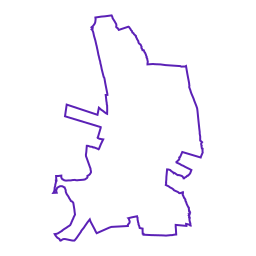 outline of Letcani, Iasi, Romania
{"feature_id": "2599482B61117657494910", "entity_name": "Letcani", "entity_type": "district", "adm_level": 2, "iso_a3": "ROU", "parent_name": "Romania", "parent_adm1": "Iasi", "projection": "natural_earth1", "projection_center": [27.401, 47.196], "detail": "fine", "context": "isolated", "style": "outline", "palette": "violet", "viewbox_px": 256, "rotation_deg": 0, "n_neighbors": 0, "source": "geoboundaries", "source_scale": "gbopen_adm2", "svg_char_len": 5738}
<svg xmlns="http://www.w3.org/2000/svg" viewBox="0 0 256 256"><path d="M190.6,225.5L190.2,224.3L190.4,224.0L190.3,223.3L189.6,220.9L189.4,218.8L189.8,218.0L189.7,217.9L189.5,218.2L189.3,217.8L189.1,217.6L189.0,217.1L189.1,216.8L189.4,216.2L189.2,215.8L188.9,215.5L189.2,215.3L189.3,214.9L189.0,214.3L189.3,214.3L189.5,214.4L189.8,213.9L189.3,213.6L189.3,213.3L189.5,212.9L189.6,212.6L190.0,212.2L189.7,211.8L189.7,211.4L189.1,211.2L188.9,209.3L188.8,208.9L188.9,208.6L188.8,207.6L188.5,207.5L188.2,207.0L186.8,204.2L186.4,203.1L186.4,202.9L186.0,201.7L185.9,201.6L185.7,201.5L185.5,200.8L185.5,200.7L185.3,200.1L185.4,199.7L185.2,199.2L184.3,198.2L184.3,197.8L183.9,197.5L183.8,197.0L183.5,196.5L183.4,196.0L183.1,195.7L183.0,195.4L182.8,195.1L182.8,194.7L182.6,194.3L182.7,194.0L182.9,193.7L182.9,193.0L183.0,192.7L182.9,192.2L181.6,192.7L180.7,193.0L179.7,193.2L179.3,193.1L179.0,193.0L178.5,192.4L177.9,192.0L174.1,190.3L173.7,190.0L173.5,189.5L172.2,188.5L169.9,187.3L168.6,186.3L165.8,185.0L166.2,182.9L166.0,182.6L166.3,179.7L166.4,176.8L167.1,169.4L168.3,169.5L169.4,169.8L169.9,169.9L170.4,170.2L171.1,171.0L173.3,172.5L173.6,173.2L174.1,172.9L174.5,172.9L177.0,174.7L178.0,175.2L178.7,175.0L181.1,175.7L182.2,176.2L182.5,176.5L183.4,177.7L183.7,177.9L183.7,178.3L184.2,178.3L184.6,177.8L185.2,177.3L186.0,177.0L187.0,176.0L187.4,175.7L187.8,175.8L189.3,174.4L190.2,173.2L191.4,170.0L188.5,168.5L188.0,168.3L185.0,166.8L183.3,165.8L181.5,165.1L179.8,164.0L176.9,162.7L176.5,162.5L176.4,162.0L177.7,160.9L178.5,160.0L179.2,159.5L179.3,159.3L179.4,158.7L179.4,158.4L179.2,158.0L179.2,157.5L179.5,157.2L180.1,157.0L182.3,152.0L200.7,157.5L201.2,156.0L202.7,152.5L202.5,151.1L202.6,148.7L201.9,148.5L201.5,146.3L201.7,145.6L201.4,145.3L201.2,144.5L201.2,143.4L202.1,142.2L200.9,141.1L200.4,140.8L200.3,140.6L200.2,140.4L200.2,136.4L199.7,133.7L199.7,132.0L199.3,128.8L199.0,125.9L198.5,121.2L197.5,111.1L197.2,108.7L197.1,108.2L196.2,105.6L194.3,100.8L193.6,98.7L191.3,93.3L190.7,91.5L190.3,90.1L189.2,87.1L189.4,85.4L189.2,84.6L189.2,83.9L188.9,82.0L187.4,74.2L186.0,66.0L185.1,66.5L181.2,66.6L180.3,66.1L165.6,65.1L160.4,64.4L155.0,64.2L153.0,64.0L147.5,64.4L147.5,63.4L147.8,61.8L147.2,59.0L147.2,58.5L146.5,57.6L146.7,56.8L146.1,55.6L146.0,55.0L145.1,52.8L144.7,52.5L143.7,50.2L142.5,50.2L142.1,49.0L141.4,47.9L141.4,47.5L141.5,47.4L141.6,46.8L140.6,44.8L140.6,44.6L139.2,43.6L138.8,43.1L138.5,42.5L138.3,41.7L138.4,41.3L138.1,40.8L136.9,38.9L136.9,38.5L136.2,37.4L135.8,36.4L136.0,36.1L135.9,35.9L135.0,35.1L133.9,34.1L133.5,33.2L132.3,32.5L132.1,31.3L130.9,30.0L130.4,28.9L129.7,28.1L129.2,27.2L128.4,26.7L118.8,29.9L117.7,28.2L116.6,27.5L116.2,27.0L116.2,26.7L116.4,25.4L116.2,24.1L114.6,21.3L112.6,18.2L112.5,17.5L112.1,16.4L111.6,15.4L105.0,16.3L101.3,16.6L95.4,17.5L95.6,19.4L95.5,20.1L95.3,21.8L95.1,22.7L94.6,23.8L93.8,24.9L93.2,25.8L91.6,27.2L92.7,27.9L92.4,28.4L92.5,28.8L92.2,28.9L91.6,29.3L92.2,29.9L92.7,30.9L93.2,32.1L94.0,35.9L95.3,40.3L96.4,45.2L96.6,45.8L97.0,47.8L97.6,50.5L98.5,55.2L98.7,55.7L99.6,59.7L100.0,60.9L100.2,61.7L100.4,63.3L101.0,65.5L101.7,69.1L103.7,77.0L104.0,77.3L104.3,77.9L104.6,79.3L105.2,82.9L107.3,93.6L107.4,94.9L105.7,95.0L105.9,96.4L106.4,101.2L106.7,102.7L106.8,104.5L107.1,105.3L107.2,109.9L107.1,113.8L106.4,113.5L104.8,112.4L102.3,110.4L101.6,110.1L100.8,109.4L99.4,108.1L98.9,107.7L97.5,114.8L66.7,104.6L65.0,116.3L100.7,127.1L100.7,127.8L99.4,132.2L98.1,136.6L97.6,137.7L97.8,138.0L99.5,138.8L100.5,138.9L101.5,139.2L102.6,139.3L103.2,139.4L100.9,144.1L99.0,148.8L98.6,149.3L97.7,148.8L94.4,147.5L94.1,147.4L93.2,147.5L92.7,147.0L92.0,146.8L90.1,146.6L88.2,145.9L87.3,145.8L86.8,145.8L86.3,152.0L85.9,154.8L86.0,156.2L86.8,158.3L90.1,167.6L90.4,168.2L90.5,168.6L90.6,169.9L90.9,171.0L91.0,172.2L90.8,172.7L89.8,174.3L89.0,175.0L87.4,175.9L87.5,176.9L87.4,177.4L86.9,178.1L84.8,179.5L84.1,179.5L83.7,179.7L78.9,180.1L78.3,180.1L77.4,180.3L75.9,180.2L74.9,179.9L72.2,180.1L71.9,180.2L70.8,180.4L68.5,180.4L66.2,180.6L65.2,180.5L64.0,180.2L63.4,179.6L62.5,179.4L62.1,178.9L61.7,178.3L61.3,177.4L61.3,175.6L58.2,176.0L56.9,176.0L56.1,176.0L56.2,178.5L56.5,180.5L55.9,180.5L56.0,181.7L55.6,183.6L55.3,184.6L55.2,186.1L54.7,187.4L54.5,189.8L54.1,191.5L53.8,192.1L53.3,192.9L56.7,192.7L56.3,191.5L56.2,190.5L56.3,190.0L56.7,189.1L57.0,188.1L57.5,187.6L59.4,186.5L60.1,186.2L62.0,186.2L62.7,186.4L63.8,187.2L64.5,187.3L65.6,189.9L65.7,190.2L65.7,191.4L65.9,192.2L66.7,194.1L68.4,196.5L69.3,198.3L70.5,200.1L70.8,200.9L71.3,201.2L71.9,201.4L72.2,201.6L72.9,202.3L73.3,202.9L74.4,209.7L74.6,211.8L75.0,214.6L74.9,214.8L73.6,217.4L73.2,218.6L72.4,220.1L72.2,220.8L71.8,221.5L71.1,223.3L70.2,225.1L68.4,226.4L67.9,226.6L66.6,227.6L64.0,229.2L62.1,230.6L62.1,230.8L57.8,233.4L56.7,233.8L54.7,234.1L55.5,235.5L57.1,237.5L57.5,237.8L59.0,238.7L59.4,239.0L59.7,239.5L60.0,240.2L60.3,240.6L60.8,240.6L62.1,239.7L62.8,239.3L63.2,239.2L64.0,239.0L65.4,239.1L72.1,240.5L74.3,240.6L74.6,240.4L75.2,239.7L76.5,238.1L81.1,231.5L81.2,231.0L81.4,230.7L84.0,227.5L84.6,226.5L87.5,222.3L89.8,219.4L90.2,220.6L90.6,221.7L94.8,229.6L95.6,231.4L96.7,233.2L109.1,227.7L110.8,227.1L111.5,226.9L127.9,226.0L127.9,224.8L127.9,224.7L128.9,223.5L129.4,222.9L129.7,221.8L129.6,221.1L128.6,218.4L128.4,218.2L131.5,217.4L136.9,216.3L136.9,216.5L137.2,217.1L137.3,217.4L137.5,217.5L137.6,219.8L137.7,220.4L137.9,220.9L138.0,222.0L138.5,223.4L138.5,224.4L138.6,224.7L139.1,225.7L139.7,228.0L142.6,228.6L142.6,230.2L142.6,231.3L142.7,233.7L143.5,233.8L143.5,234.7L151.3,235.1L163.0,235.4L166.0,235.6L171.0,235.1L172.2,235.1L174.1,234.7L176.2,234.5L175.9,229.1L175.7,226.9L175.7,224.9L186.4,225.9L186.4,225.4L186.1,224.3L186.1,223.9L189.2,224.6L190.3,225.5L190.6,225.5Z" fill="none" stroke="#5b21b6" stroke-width="2"/></svg>